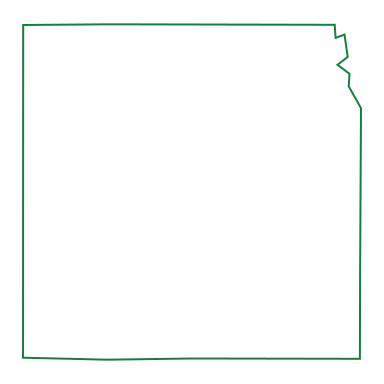 outline of Washington, Iowa, United States of America
{"feature_id": "52423323B53294458303473", "entity_name": "Washington", "entity_type": "district", "adm_level": 2, "iso_a3": "USA", "parent_name": "United States of America", "parent_adm1": "Iowa", "projection": "equal_earth", "projection_center": [-91.625, 41.337], "detail": "fine", "context": "isolated", "style": "outline", "palette": "green", "viewbox_px": 384, "rotation_deg": 0, "n_neighbors": 0, "source": "geoboundaries", "source_scale": "gbopen_adm2", "svg_char_len": 308}
<svg xmlns="http://www.w3.org/2000/svg" viewBox="0 0 384 384"><path d="M191.2,358.5L359.9,358.8L360.1,275.1L361.0,108.2L348.7,86.3L349.5,73.8L337.5,64.8L347.7,56.9L344.5,34.6L335.6,37.9L334.7,24.8L108.6,24.3L23.2,25.0L23.0,357.7L107.4,359.7L191.2,358.5Z" fill="none" stroke="#15803d" stroke-width="2"/></svg>